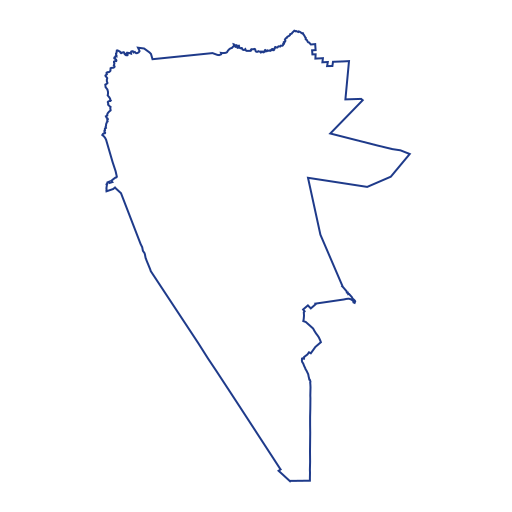 Juan Aldama, Zacatecas, Mexico (Mercator projection)
{"feature_id": "50627088B44222614313729", "entity_name": "Juan Aldama", "entity_type": "district", "adm_level": 2, "iso_a3": "MEX", "parent_name": "Mexico", "parent_adm1": "Zacatecas", "projection": "mercator", "projection_center": [-103.312, 24.255], "detail": "fine", "context": "isolated", "style": "outline", "palette": "blue", "viewbox_px": 512, "rotation_deg": 0, "n_neighbors": 0, "source": "geoboundaries", "source_scale": "gbopen_adm2", "svg_char_len": 5768}
<svg xmlns="http://www.w3.org/2000/svg" viewBox="0 0 512 512"><path d="M102.3,135.0L103.4,135.9L104.2,136.7L105.2,138.0L106.1,139.8L112.6,162.1L115.6,171.2L116.8,176.5L116.7,176.6L116.7,177.0L116.4,177.4L115.4,177.6L113.4,179.1L111.3,180.8L112.3,182.1L109.6,182.9L109.4,182.3L108.8,182.3L108.9,181.8L107.4,182.4L107.2,183.8L106.9,183.8L106.5,184.3L106.9,184.9L106.4,188.3L106.6,189.2L106.4,190.4L106.5,191.3L113.2,189.0L115.0,187.5L115.9,188.5L121.0,193.2L140.6,244.0L142.2,247.2L142.9,250.8L144.5,253.1L144.9,254.3L145.5,257.5L145.8,258.6L146.0,258.8L146.4,260.1L150.1,269.1L150.8,271.2L198.5,343.5L208.0,358.5L216.7,371.5L238.7,405.1L280.2,468.9L280.6,469.4L278.6,470.8L290.1,481.3L290.5,480.9L309.9,480.7L309.9,477.8L310.0,472.7L309.9,469.9L310.1,461.9L310.0,451.5L310.2,432.9L310.1,424.8L310.1,416.8L310.3,408.8L310.4,398.2L310.3,395.5L310.5,387.4L310.4,384.9L310.2,382.3L310.4,382.0L310.4,381.4L309.8,379.7L309.3,379.6L308.9,377.5L308.7,376.9L308.2,374.2L306.5,370.7L305.4,368.9L305.2,368.1L304.2,366.1L303.2,363.5L302.2,362.0L301.9,360.8L302.0,358.6L302.3,358.3L303.2,358.6L303.9,358.7L303.9,358.2L304.1,358.0L304.1,357.0L307.4,354.5L309.0,352.3L310.8,353.3L315.4,346.9L320.9,342.2L320.1,340.1L318.8,337.3L317.6,335.5L316.0,333.4L314.3,330.7L313.1,328.5L305.8,322.0L303.3,321.1L303.7,319.1L304.0,315.7L303.8,312.3L304.6,311.3L303.8,310.4L303.1,309.5L307.9,305.4L310.8,308.4L312.7,306.8L315.9,304.0L315.6,303.6L317.0,303.4L336.1,300.6L343.7,299.5L346.5,298.9L348.8,298.7L350.6,299.2L353.9,301.1L353.9,302.0L353.4,302.0L353.5,302.4L354.6,302.9L355.2,301.4L355.0,300.9L354.2,300.0L353.3,299.2L352.5,299.4L352.6,298.6L351.9,297.2L349.1,294.0L348.2,294.2L347.8,292.5L346.8,292.5L346.6,291.3L343.2,287.3L342.4,286.5L342.6,286.4L320.4,234.7L308.0,177.8L367.2,186.9L390.8,176.7L409.7,154.0L400.4,150.3L392.3,149.1L377.4,145.5L330.3,133.5L362.7,100.2L361.1,98.9L345.4,99.4L349.0,61.1L343.7,61.4L333.0,61.8L332.4,66.0L327.1,66.1L327.8,62.0L322.4,62.3L322.9,58.2L315.4,58.6L315.6,54.3L312.4,54.4L312.1,50.3L315.6,50.1L315.3,45.9L315.2,44.1L310.9,44.5L310.4,44.0L309.1,42.5L308.2,42.3L308.0,42.1L307.6,41.6L307.0,40.2L305.7,39.3L305.6,38.9L305.8,38.3L305.8,37.9L305.2,37.3L304.1,35.2L303.2,34.2L303.1,33.9L303.1,33.4L302.8,33.1L302.0,33.3L300.9,32.6L300.5,32.2L298.8,31.4L298.3,32.0L296.0,31.0L295.5,31.3L294.3,30.7L292.3,32.7L291.6,33.7L290.2,34.1L289.9,35.2L288.9,36.0L287.3,36.8L286.8,37.8L286.5,37.8L285.5,38.6L284.9,39.8L285.2,40.2L285.4,40.9L284.6,42.2L284.4,42.3L284.0,42.0L283.8,42.1L283.8,43.0L284.1,43.6L284.0,43.8L283.9,43.8L283.7,43.8L283.5,43.6L283.3,43.5L283.2,43.6L283.1,44.0L283.2,44.6L283.1,45.0L282.6,45.6L282.1,45.8L280.9,45.6L280.4,46.1L280.2,46.5L278.8,46.3L278.4,46.4L277.4,47.5L276.9,47.6L275.4,47.0L275.1,47.1L275.0,47.4L275.0,48.0L274.8,48.4L274.4,48.5L274.3,48.8L274.2,49.7L273.7,50.2L273.2,50.2L273.0,49.8L272.8,49.1L272.6,49.0L271.8,49.2L271.5,49.5L271.6,49.9L271.5,50.2L270.1,50.9L269.9,50.8L269.8,50.4L268.2,50.8L267.4,50.4L267.1,50.7L266.9,51.2L266.5,51.3L266.0,51.2L265.7,51.3L265.5,50.9L265.5,50.2L265.2,50.0L264.9,50.2L264.7,50.6L265.0,51.5L264.3,51.9L263.7,51.8L263.5,52.3L263.2,52.3L262.6,51.7L261.8,52.0L261.7,51.6L261.4,51.6L261.1,52.4L260.9,52.5L260.5,51.8L260.3,51.6L259.1,51.6L258.4,51.2L257.1,51.9L256.6,51.8L255.8,51.4L255.4,50.5L255.2,49.4L254.8,49.0L254.3,48.9L253.2,49.3L251.4,49.2L251.0,49.7L251.2,50.1L251.1,50.4L250.9,50.7L250.5,50.9L247.1,50.9L246.4,50.8L245.8,50.3L245.3,49.1L244.5,49.8L244.0,50.0L243.4,49.9L242.9,49.7L242.4,49.4L242.2,48.9L242.2,48.6L241.9,48.1L241.4,48.0L240.5,48.3L239.9,48.0L239.2,47.3L239.1,46.1L238.9,45.7L238.6,45.8L238.3,46.4L238.3,47.4L238.1,47.8L237.8,47.9L237.5,47.8L236.9,46.8L236.7,46.2L236.7,45.4L236.6,45.2L236.3,45.2L236.1,45.6L235.9,46.8L235.7,46.9L235.2,46.6L234.5,44.8L234.0,44.4L233.7,44.3L234.0,45.4L233.5,46.4L232.7,47.0L232.0,47.9L230.5,48.4L229.8,48.8L229.2,49.3L227.9,50.7L227.0,52.2L226.3,52.6L225.2,52.9L222.6,53.1L221.1,52.9L221.4,53.5L221.1,54.3L219.1,55.1L217.4,54.9L212.5,53.1L152.5,59.2L151.0,54.0L149.6,52.5L144.1,48.5L138.0,47.7L139.4,50.6L139.5,51.3L138.6,52.4L137.2,53.1L136.2,53.2L135.4,52.6L134.8,51.9L133.5,52.5L132.8,51.2L131.4,51.4L130.8,52.3L131.0,53.6L129.6,53.1L127.1,52.7L126.3,53.6L126.5,54.3L127.6,54.5L127.7,54.8L127.5,55.2L127.2,55.3L126.0,55.2L125.5,54.9L124.9,54.3L124.5,53.8L124.1,52.7L123.9,52.3L123.6,52.2L122.6,52.5L121.6,52.6L121.4,52.8L121.4,53.1L121.1,53.2L120.7,52.9L120.0,51.7L119.5,51.4L117.6,50.4L117.1,50.4L116.8,50.5L116.5,53.0L116.0,53.5L116.0,54.0L116.1,54.3L116.1,55.0L116.5,55.4L116.5,56.3L115.8,56.0L115.4,56.3L115.1,57.2L114.5,57.4L114.3,57.8L114.3,58.4L114.9,58.8L115.1,58.8L115.8,59.4L116.1,59.7L116.4,60.5L116.2,61.1L114.7,61.2L114.0,61.6L114.0,62.6L114.4,63.3L114.2,64.3L113.8,65.4L114.4,66.0L114.6,66.7L114.3,67.2L113.5,67.7L111.4,67.9L110.6,68.2L110.5,68.8L110.5,70.2L110.3,71.0L109.3,71.9L108.5,72.2L107.9,72.1L106.8,72.5L106.5,72.8L106.5,73.2L106.9,74.3L106.7,74.5L105.5,75.4L105.4,75.7L105.5,76.0L106.9,77.6L107.2,78.1L107.2,78.5L106.8,79.7L106.9,81.6L107.4,82.6L107.4,83.2L106.4,84.0L105.3,84.6L105.6,87.2L107.4,89.5L108.0,91.9L108.0,93.8L107.7,95.4L109.5,97.6L109.9,98.5L110.1,98.7L110.2,99.7L110.8,100.5L110.3,101.0L109.5,101.0L108.1,101.6L107.8,102.0L107.9,102.7L108.3,103.9L108.1,104.7L109.9,106.5L110.5,106.8L110.3,108.8L110.5,109.3L110.6,110.4L109.1,111.6L107.8,113.1L107.2,114.4L107.3,115.5L105.9,116.3L106.7,117.9L107.5,118.4L107.8,118.9L107.9,119.2L107.8,119.4L107.2,119.8L107.2,120.1L107.6,121.5L106.8,122.1L106.6,123.1L106.3,123.6L106.1,124.3L106.0,126.0L105.7,126.5L105.6,127.0L106.0,127.9L105.8,128.1L105.2,128.3L104.9,128.7L104.8,129.2L105.0,130.3L104.4,130.8L104.4,131.3L104.8,132.1L105.1,132.5L105.1,133.0L104.8,133.3L103.9,133.3L103.0,133.9L102.3,135.0Z" fill="none" stroke="#1e3a8a" stroke-width="2"/></svg>